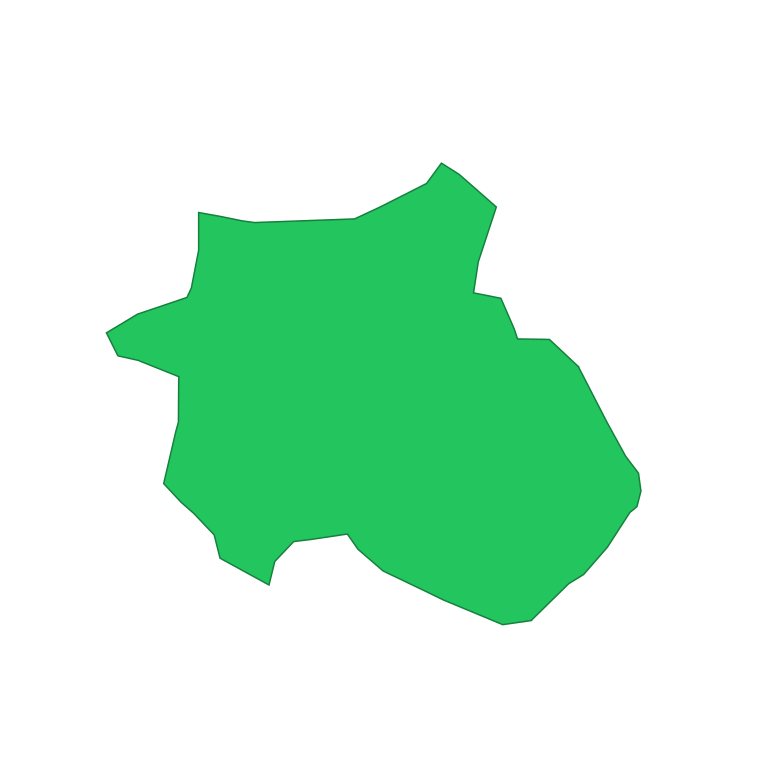 the district of Erdenedalai, Dundgovi, Mongolia, rotated 109°
{"feature_id": "93677404B12047368339882", "entity_name": "Erdenedalai", "entity_type": "district", "adm_level": 2, "iso_a3": "MNG", "parent_name": "Mongolia", "parent_adm1": "Dundgovi", "projection": "mercator", "projection_center": [104.982, 46.023], "detail": "fine", "context": "isolated", "style": "filled", "palette": "green", "viewbox_px": 768, "rotation_deg": 109, "n_neighbors": 0, "source": "geoboundaries", "source_scale": "gbopen_adm2", "svg_char_len": 855}
<svg xmlns="http://www.w3.org/2000/svg" viewBox="0 0 768 768"><g transform="rotate(109 384 384)"><path d="M559.7,167.7L559.6,167.8L512.6,144.3L499.1,133.2L465.5,119.6L425.4,109.7L417.6,104.9L401.6,106.2L385.5,114.3L373.8,131.8L347.2,161.1L304.5,205.7L304.4,205.6L288.0,242.1L297.9,272.4L289.5,278.8L264.9,301.4L268.7,329.0L237.9,334.6L180.1,335.4L161.4,381.0L156.5,401.6L180.6,409.1L218.2,445.6L237.5,465.6L273.5,559.0L275.9,571.1L278.5,590.9L282.2,615.1L317.9,602.8L356.0,597.4L366.3,598.5L398.2,639.8L426.0,663.1L443.9,644.9L443.9,643.6L441.7,624.4L443.9,580.3L447.7,579.2L486.9,566.0L496.4,565.4L549.9,559.9L562.0,537.1L568.3,521.7L582.0,495.4L602.1,482.3L611.5,427.3L587.4,429.5L562.4,418.1L554.9,402.7L537.8,369.8L548.8,354.7L561.1,323.9L565.8,283.0L568.9,257.2L572.9,193.4L559.7,167.7Z" fill="#22c55e" stroke="#15803d" stroke-width="1.5"/></g></svg>